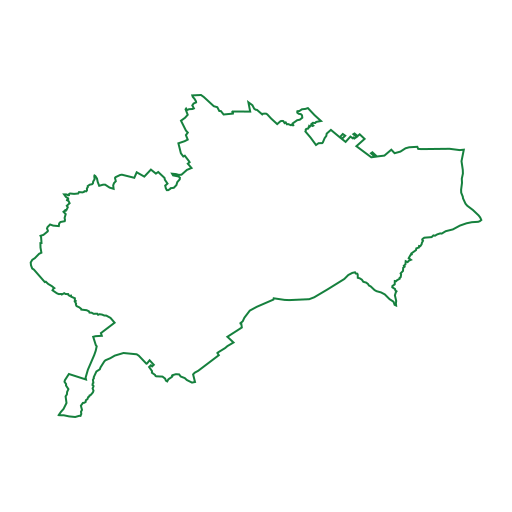 outline of Bumbesti-Pitic, Gorj, Romania
{"feature_id": "2599482B28908245700119", "entity_name": "Bumbesti-Pitic", "entity_type": "district", "adm_level": 2, "iso_a3": "ROU", "parent_name": "Romania", "parent_adm1": "Gorj", "projection": "natural_earth1", "projection_center": [23.707, 45.117], "detail": "fine", "context": "isolated", "style": "outline", "palette": "green", "viewbox_px": 512, "rotation_deg": 0, "n_neighbors": 0, "source": "geoboundaries", "source_scale": "gbopen_adm2", "svg_char_len": 5961}
<svg xmlns="http://www.w3.org/2000/svg" viewBox="0 0 512 512"><path d="M396.1,305.5L395.9,303.4L396.2,301.0L394.9,295.3L395.8,292.4L396.5,291.3L395.4,290.5L395.0,289.0L392.3,287.3L392.4,286.0L394.7,284.4L394.8,281.0L396.2,281.2L396.8,280.4L399.7,278.7L399.6,277.9L400.7,277.1L401.1,274.5L400.6,273.4L403.0,270.9L403.2,267.7L404.6,266.7L403.9,265.7L405.4,264.4L405.7,261.2L407.6,262.1L409.0,260.6L410.9,259.8L408.7,258.2L410.5,255.0L411.7,254.4L411.3,253.5L416.0,250.1L416.3,248.4L418.9,247.5L419.1,246.0L420.3,246.2L421.6,244.3L421.9,242.8L423.0,240.8L422.2,239.8L422.5,239.0L424.3,237.7L431.6,237.1L433.4,235.4L435.0,235.7L437.2,234.4L440.2,233.4L441.7,233.6L445.7,231.2L452.9,229.4L459.9,225.6L466.5,223.3L471.8,222.2L478.2,221.8L479.8,221.2L481.3,220.0L480.2,217.5L478.6,215.4L472.9,210.0L467.2,205.7L465.5,203.7L463.0,198.3L462.8,196.7L461.2,192.7L461.1,189.7L462.0,182.9L461.8,178.7L462.9,173.6L462.8,170.0L461.5,161.2L463.8,149.7L459.7,150.1L449.6,148.8L421.3,149.1L418.2,148.9L417.3,146.8L409.1,147.3L405.5,148.3L400.4,151.6L394.6,153.2L391.3,149.7L384.4,155.6L376.9,156.5L372.4,152.3L371.0,153.3L374.9,156.8L371.3,157.3L356.4,146.2L364.6,138.9L359.7,134.3L357.6,136.1L354.5,133.5L353.4,134.2L356.6,137.0L354.4,138.5L353.5,137.6L352.8,138.3L350.4,136.6L345.6,141.9L341.1,138.3L342.9,137.9L345.2,135.7L342.8,134.0L339.8,137.3L330.9,129.9L326.7,133.6L326.3,135.9L324.6,138.2L322.8,142.5L322.2,143.1L318.6,143.2L316.0,145.0L310.5,137.5L305.4,131.5L305.8,130.6L305.7,129.6L306.3,128.9L308.1,128.6L309.1,126.1L309.7,126.8L310.9,125.3L312.6,126.0L313.3,125.6L311.6,123.9L312.9,122.8L315.2,123.0L316.2,121.9L321.0,121.0L314.5,115.1L307.9,108.1L305.5,108.9L301.9,109.3L299.4,111.0L297.4,111.2L297.2,112.1L297.4,112.8L298.8,113.8L300.8,114.1L302.0,115.3L302.3,117.7L299.8,119.7L297.2,120.2L292.7,123.4L292.6,124.0L293.3,125.2L293.0,125.4L291.6,124.7L290.9,125.2L288.2,124.1L286.9,124.3L285.7,122.4L284.6,123.1L283.3,121.1L282.0,120.9L280.5,121.2L277.2,124.1L271.1,118.5L267.3,114.4L266.2,113.7L264.9,113.6L262.7,113.8L262.2,114.4L257.0,109.9L255.6,109.7L254.2,108.7L252.4,105.2L248.4,102.3L250.2,111.6L232.6,111.5L232.3,111.9L233.0,112.8L232.9,113.6L223.6,114.5L220.9,111.1L219.3,111.0L217.3,107.2L213.8,106.2L203.8,97.0L201.0,95.0L192.3,95.4L192.8,96.9L194.5,98.8L196.0,101.4L196.1,102.4L193.6,103.5L192.3,105.4L193.9,108.4L192.5,109.0L189.0,109.2L187.0,110.1L186.1,108.6L185.6,109.3L187.7,114.8L185.0,117.8L181.0,120.7L185.9,130.5L187.8,132.6L185.9,135.1L187.7,139.6L184.6,141.2L178.4,143.3L178.7,144.5L180.9,153.3L183.3,156.5L184.8,155.7L188.9,161.1L189.6,162.2L187.8,163.7L191.5,168.0L186.9,169.9L181.5,174.7L178.8,174.9L176.0,174.1L172.1,173.7L173.1,175.4L178.6,176.5L179.9,177.7L179.7,179.4L177.3,182.1L176.4,185.1L173.8,187.8L170.6,188.2L170.3,188.8L168.3,190.1L166.8,190.1L165.8,188.2L165.2,185.6L167.5,183.6L164.9,179.8L164.5,177.9L158.2,172.0L155.9,173.6L150.9,169.6L144.3,176.6L136.7,172.3L134.3,177.8L121.9,174.7L120.1,175.0L115.5,177.2L115.0,178.0L115.8,181.2L114.0,183.1L113.2,185.3L113.6,188.8L109.6,187.6L105.2,184.7L103.0,184.7L99.2,185.8L97.7,181.9L97.0,178.6L95.3,176.0L94.5,175.5L94.3,176.0L94.6,179.2L93.2,181.5L92.9,183.4L92.1,184.2L89.7,184.7L87.7,186.1L87.8,187.2L86.9,188.4L87.0,190.2L86.3,191.3L84.5,191.2L84.0,191.9L82.5,192.4L79.0,192.1L78.2,193.5L74.1,193.9L70.0,193.5L68.8,194.3L68.9,195.2L68.5,195.3L66.2,194.4L64.1,194.4L65.9,196.9L68.2,198.4L68.2,199.2L67.2,199.7L67.0,200.2L68.6,201.1L69.6,203.2L66.8,205.8L67.8,207.2L66.5,209.9L65.5,210.0L65.6,210.8L64.4,211.0L63.5,211.8L65.7,214.1L64.6,217.9L65.0,220.0L64.7,221.2L60.5,222.0L59.2,223.4L58.8,226.1L53.2,225.6L50.1,224.5L47.6,227.0L47.0,228.5L47.9,230.7L47.7,231.4L43.4,234.9L40.5,235.8L41.1,237.2L41.5,243.0L40.4,243.1L40.5,247.6L41.4,252.7L39.1,253.8L34.8,258.2L32.3,259.8L30.7,262.5L31.0,265.3L32.2,268.5L33.9,269.6L44.8,282.1L45.8,281.7L48.1,283.9L51.8,286.1L54.3,288.1L53.3,288.8L52.5,290.3L56.9,293.3L58.8,294.1L61.3,294.0L61.8,294.5L64.2,293.2L65.5,294.0L68.2,294.1L68.5,295.1L69.7,295.9L71.0,295.6L71.2,296.7L74.9,298.3L74.8,300.3L75.6,300.9L74.9,301.6L75.5,302.1L75.4,302.6L76.1,303.6L75.9,304.7L76.6,306.1L79.2,307.3L81.1,308.8L81.3,309.6L86.6,310.2L88.9,311.3L89.5,312.6L91.6,312.7L93.6,313.8L97.2,313.7L98.1,314.8L99.5,314.2L102.1,314.6L104.2,315.5L106.3,315.6L110.5,317.9L114.6,322.7L100.9,333.1L101.8,335.8L95.5,336.2L93.2,336.8L95.8,345.1L96.7,346.3L95.7,350.8L94.2,355.1L87.9,369.7L85.6,377.6L86.0,379.5L68.9,374.0L64.9,380.2L64.5,381.8L66.1,384.1L66.0,385.5L68.4,389.1L67.1,392.0L66.9,394.4L65.6,396.4L66.5,403.0L63.5,409.0L61.0,411.8L58.7,415.1L58.9,415.2L63.9,415.3L69.1,416.4L75.2,417.0L79.3,415.8L80.5,415.9L81.3,413.9L81.0,411.7L82.0,409.9L80.9,405.7L82.9,402.9L84.2,402.8L85.6,402.0L85.9,400.2L87.4,399.2L88.2,397.1L89.3,396.5L89.5,395.5L90.8,394.9L92.9,392.4L93.5,390.7L92.6,388.4L93.5,386.4L93.4,385.7L92.5,385.0L92.8,383.3L93.4,382.8L92.9,379.9L93.9,378.1L93.7,377.3L96.4,371.5L99.8,369.3L100.5,367.4L104.3,361.4L105.4,360.3L110.3,358.2L114.8,355.6L123.5,353.0L136.7,354.3L138.8,355.7L146.4,363.7L147.0,363.5L149.6,360.3L153.8,364.8L152.1,366.4L150.9,365.3L149.1,367.0L152.0,371.1L151.9,372.7L155.0,374.9L155.5,375.9L156.2,376.3L162.5,376.6L165.1,378.6L165.9,380.6L167.2,381.4L168.4,379.3L171.9,376.9L172.4,376.2L172.1,375.5L172.4,375.2L175.9,374.2L179.1,374.4L180.7,376.5L184.8,378.1L186.8,380.0L192.0,382.6L195.0,382.0L193.1,374.4L194.7,372.7L198.2,370.8L218.8,355.2L217.4,353.0L218.2,352.3L225.2,348.0L227.4,346.1L233.5,342.5L227.4,336.8L241.8,327.5L241.3,323.7L240.6,323.7L240.4,323.2L242.7,321.3L244.4,317.7L249.8,310.6L256.8,306.8L273.4,299.6L273.7,298.3L284.6,299.9L289.3,300.1L309.2,299.2L314.2,297.3L327.7,289.3L344.3,279.0L348.3,275.0L352.3,272.9L355.0,272.3L355.7,273.5L357.3,273.7L357.7,274.6L357.8,277.8L359.7,278.3L361.9,279.7L363.3,281.8L366.2,282.6L368.1,284.1L368.9,285.5L370.7,286.4L374.6,290.1L376.6,291.2L381.0,292.4L384.8,294.4L389.6,299.2L393.5,301.7L394.6,304.8L396.1,305.5Z" fill="none" stroke="#15803d" stroke-width="2"/></svg>